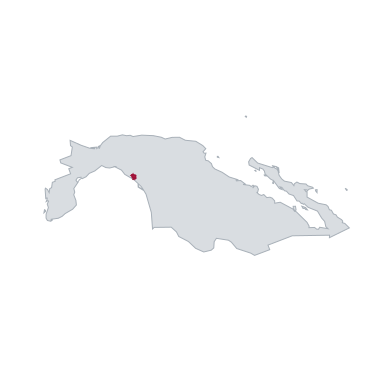 Papantla, Veracruz, Mexico shown in context, rotated 159°
{"feature_id": "50627088B19201983933003", "entity_name": "Papantla", "entity_type": "district", "adm_level": 2, "iso_a3": "MEX", "parent_name": "Mexico", "parent_adm1": "Veracruz", "projection": "mercator", "projection_center": [-97.275, 20.413], "detail": "fine", "context": "in_parent", "style": "filled", "palette": "rose", "viewbox_px": 384, "rotation_deg": 159, "n_neighbors": 0, "source": "geoboundaries", "source_scale": "gbopen_adm2", "svg_char_len": 5229}
<svg xmlns="http://www.w3.org/2000/svg" viewBox="0 0 384 384"><g transform="rotate(159 192 192)"><path d="M58.0,102.1L80.1,100.1L79.1,102.4L114.1,115.2L140.1,115.2L140.1,110.3L156.3,110.4L159.1,113.9L170.5,123.2L173.2,131.0L175.2,133.9L185.8,140.0L189.1,137.7L191.7,132.0L194.9,130.8L202.5,131.8L208.8,138.1L213.1,147.1L220.3,155.2L220.8,160.3L224.0,166.6L240.0,172.5L242.1,171.6L237.3,187.5L235.7,206.4L236.4,210.5L240.5,215.8L239.6,218.7L239.9,215.8L236.5,211.2L237.5,215.4L241.7,224.2L248.4,232.5L250.0,237.7L254.7,242.9L253.4,242.8L256.1,244.0L255.2,243.3L260.2,243.9L263.7,245.7L266.8,249.1L275.2,246.5L281.3,246.2L285.4,244.2L289.7,243.8L290.6,244.5L290.3,245.6L293.8,246.3L296.1,244.7L295.5,242.0L294.4,242.6L294.7,242.1L301.1,237.6L301.5,233.9L303.4,231.8L303.4,225.8L304.6,221.3L309.6,218.7L318.2,217.3L322.0,215.8L326.3,215.4L333.2,217.0L333.8,216.0L332.0,216.0L334.3,215.3L337.2,217.2L337.6,219.9L336.2,223.5L331.6,229.0L331.5,232.6L329.2,234.8L329.6,235.6L331.6,235.3L329.5,237.6L329.5,238.5L330.9,238.2L328.1,247.3L327.4,248.1L326.0,246.0L325.6,242.6L323.6,246.1L321.5,246.4L318.9,251.1L315.9,251.0L315.6,252.5L298.8,252.5L298.7,257.9L294.9,257.9L304.1,266.2L303.8,269.3L291.9,269.3L287.6,276.9L288.8,278.8L287.3,283.9L278.7,275.3L271.8,269.5L267.6,267.3L267.1,267.8L271.0,269.8L265.0,268.1L265.4,266.7L263.8,267.2L262.8,266.0L261.6,267.3L263.7,268.0L260.6,268.3L257.6,270.2L247.9,273.3L241.7,270.9L236.5,270.3L232.9,268.0L229.4,267.1L227.2,264.9L218.6,263.1L208.0,258.5L201.0,254.1L198.1,251.1L190.9,250.1L184.1,247.6L179.7,242.7L170.3,238.0L165.3,231.5L163.6,227.5L167.3,225.6L166.7,223.8L165.0,223.3L167.5,220.2L167.8,216.6L165.7,215.3L163.7,211.6L163.8,208.3L162.4,205.3L156.8,199.6L151.9,192.7L144.3,186.7L146.4,187.9L146.6,186.5L142.5,185.3L139.5,180.5L141.6,180.7L135.7,177.5L134.8,175.9L132.6,176.5L132.2,175.7L133.9,173.9L131.1,175.3L129.3,174.0L129.0,170.8L131.0,168.0L131.8,168.6L130.3,165.7L128.4,163.9L125.9,163.9L124.2,160.0L121.1,159.2L119.3,157.5L118.0,154.1L118.8,151.9L113.3,150.8L103.8,139.8L103.2,137.2L101.8,136.3L95.5,122.5L94.9,118.2L95.6,116.8L90.3,115.0L89.0,112.7L87.3,111.9L85.4,113.3L78.2,109.0L79.5,111.7L78.7,117.0L80.3,121.2L81.7,129.2L89.1,136.1L91.4,140.8L92.5,140.6L93.1,142.0L94.1,142.1L95.2,145.1L97.2,146.0L98.5,152.3L102.2,155.4L103.5,158.9L105.2,160.0L106.5,164.2L108.0,165.2L107.1,162.1L109.2,163.9L111.8,173.3L114.1,176.0L117.3,182.7L116.9,185.5L117.6,188.0L120.3,190.5L121.2,188.0L129.0,196.7L128.3,199.9L125.3,202.3L123.6,202.6L120.3,195.5L108.2,185.9L107.1,186.0L104.6,183.0L104.1,180.9L104.7,176.4L103.6,172.1L101.8,169.0L95.8,165.2L94.6,161.4L93.5,163.0L90.5,163.7L88.3,161.2L82.7,158.6L81.8,156.4L77.7,153.2L77.3,152.1L81.6,152.7L84.1,151.8L84.0,152.8L86.2,153.9L85.4,151.3L84.4,151.2L86.4,146.0L78.2,136.3L71.4,132.0L70.2,129.8L70.1,126.2L68.4,125.0L67.8,120.8L65.7,119.0L65.3,116.5L62.3,112.6L61.7,110.8L62.7,109.5L60.6,107.9L58.0,102.1ZM103.4,139.9L102.7,142.4L100.5,141.6L101.3,137.9L102.6,137.5L103.4,139.9ZM94.6,139.4L91.5,136.8L90.6,133.9L92.2,134.9L92.6,136.4L94.2,136.8L94.6,139.4ZM336.1,228.3L335.4,227.5L335.7,226.4L337.7,225.6L336.1,228.3ZM104.7,186.0L102.5,183.5L103.8,178.5L103.4,183.0L104.7,186.0ZM76.0,149.8L74.4,149.4L75.5,146.6L76.2,148.7L76.0,149.8ZM47.7,140.6L46.3,138.8L46.6,138.0L47.1,138.1L47.7,140.6ZM106.6,186.1L107.9,188.0L105.1,186.1L106.6,186.1ZM155.9,215.4L155.6,216.2L154.9,215.9L154.6,214.5L155.9,215.4ZM118.2,180.9L118.7,182.5L117.2,180.5L118.2,180.9ZM112.8,170.7L113.6,171.4L112.4,172.8L112.8,170.7ZM115.2,243.5L114.7,243.7L113.9,243.1L114.6,242.3L115.2,243.5ZM292.7,243.8L291.2,244.2L293.7,243.3L292.7,243.8ZM125.6,189.6L124.8,189.5L124.7,188.0L125.6,189.6Z" fill="#d9dde1" stroke="#a8b0b8" stroke-width="1"/><path d="M241.9,229.7L242.0,229.7L242.1,229.4L242.2,229.2L242.3,229.2L242.2,229.1L242.3,228.9L242.2,228.9L242.3,228.9L242.2,228.8L242.3,228.8L242.2,228.8L242.3,228.8L242.4,228.7L242.5,228.7L242.5,228.4L242.4,228.3L242.3,228.2L242.3,228.3L242.2,228.3L242.2,228.2L241.9,228.0L242.0,228.0L242.1,227.9L242.1,227.7L242.0,227.4L241.9,227.4L241.8,227.2L241.7,227.2L241.7,226.9L241.8,226.9L241.7,226.7L241.8,226.7L242.0,226.7L241.9,226.6L242.0,226.5L242.1,226.4L241.9,226.3L241.8,226.2L241.7,226.1L241.4,226.1L241.5,226.0L241.5,225.9L241.6,225.7L241.8,225.6L241.7,225.6L241.8,225.6L242.0,225.5L241.9,225.5L242.0,225.4L241.9,225.4L242.0,225.4L242.1,225.2L241.9,224.9L241.8,224.7L241.7,224.6L241.5,224.8L241.4,224.8L241.2,224.8L240.9,224.9L240.9,225.0L240.7,225.2L240.7,224.9L240.6,224.7L240.6,224.8L240.4,224.8L240.2,224.8L239.9,224.8L239.7,225.0L239.5,225.3L239.4,225.3L239.4,225.5L239.5,225.4L239.5,225.5L239.6,225.8L239.7,226.1L239.7,226.3L239.7,226.5L239.8,226.5L239.7,226.6L239.4,226.7L239.4,226.8L239.4,226.7L239.3,226.8L239.3,227.0L239.2,227.1L239.0,227.3L239.1,227.2L239.1,227.3L239.1,227.2L239.1,227.3L239.1,227.5L239.1,227.8L239.0,227.7L238.9,227.7L238.7,227.6L238.7,227.8L238.9,228.0L239.0,228.0L239.3,228.0L239.2,228.0L239.3,228.0L239.6,228.2L239.7,228.3L239.7,228.5L239.8,228.6L239.9,228.8L240.0,228.9L239.9,228.9L240.0,228.9L240.0,229.0L239.9,229.0L240.0,229.0L240.8,229.4L240.8,229.5L240.9,229.4L240.9,229.5L241.0,229.5L241.3,229.6L241.9,229.7L241.9,229.7Z" fill="#f43f5e" stroke="#9f1239" stroke-width="1.5"/></g></svg>